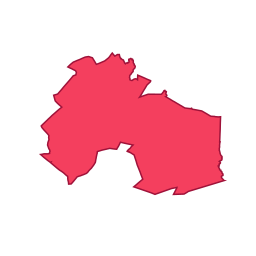 outline of Coapilla, Chiapas, Mexico, rotated 161°
{"feature_id": "50627088B26758621941112", "entity_name": "Coapilla", "entity_type": "district", "adm_level": 2, "iso_a3": "MEX", "parent_name": "Mexico", "parent_adm1": "Chiapas", "projection": "albers", "projection_center": [-93.127, 17.118], "detail": "fine", "context": "isolated", "style": "filled", "palette": "rose", "viewbox_px": 256, "rotation_deg": 161, "n_neighbors": 0, "source": "geoboundaries", "source_scale": "gbopen_adm2", "svg_char_len": 5343}
<svg xmlns="http://www.w3.org/2000/svg" viewBox="0 0 256 256"><g transform="rotate(161 128 128)"><path d="M91.6,48.4L70.6,47.6L54.1,47.0L54.4,47.2L54.6,47.7L54.8,48.5L55.0,48.7L55.3,49.4L55.4,49.8L55.7,50.3L55.7,50.8L55.5,51.2L55.5,51.5L55.4,51.9L55.2,52.0L54.3,52.2L53.8,52.2L53.7,52.2L53.5,52.5L53.4,53.0L53.2,53.6L53.3,53.7L53.6,54.3L53.8,54.6L53.6,55.3L53.5,55.9L54.2,56.8L54.2,57.6L54.0,57.8L55.0,58.7L54.7,59.7L55.1,61.0L55.1,61.4L54.8,61.4L54.6,61.8L55.0,61.8L55.1,62.7L54.9,62.7L54.4,62.9L54.0,63.1L53.6,63.4L53.7,64.1L53.4,64.3L53.2,64.5L52.7,64.4L52.4,64.6L52.1,64.7L51.9,65.1L52.1,65.9L52.3,66.4L52.5,66.7L52.1,66.8L51.8,67.0L51.4,67.0L51.1,66.9L50.5,67.1L50.2,67.0L49.8,67.2L49.4,67.7L49.1,68.4L49.3,68.5L49.1,68.7L48.8,69.1L49.0,69.5L48.7,69.7L48.4,70.4L48.6,71.0L49.1,71.8L49.2,74.2L49.0,74.9L49.0,75.1L49.0,75.7L48.8,76.5L49.0,77.0L48.6,78.1L48.4,78.8L47.5,80.3L47.3,81.2L46.8,82.4L46.7,82.6L46.2,83.7L45.5,84.8L45.9,84.9L44.4,88.7L42.9,92.6L41.4,96.4L39.1,102.6L36.8,108.5L37.5,108.7L37.8,108.7L39.1,109.1L42.0,110.4L42.3,110.7L45.7,112.1L46.0,112.3L47.8,114.4L48.7,115.5L50.7,117.8L52.7,120.1L57.4,122.8L60.1,124.3L60.5,124.5L61.1,124.7L61.4,126.0L61.7,126.0L61.8,126.0L62.0,126.0L62.3,125.8L62.9,126.1L64.4,126.8L66.7,127.9L67.8,128.5L68.2,129.0L68.4,129.2L70.4,131.6L71.4,132.7L71.5,132.8L72.6,134.2L73.1,134.7L75.2,137.2L75.6,137.7L76.2,138.3L76.8,139.0L77.5,139.8L78.7,141.3L79.1,141.8L79.3,142.0L79.6,142.3L80.9,143.9L81.4,144.4L82.1,145.3L81.9,145.3L81.6,145.4L81.5,145.5L80.6,146.2L80.6,146.4L80.8,146.9L80.9,147.2L81.2,147.9L79.9,149.9L80.0,150.1L80.8,150.3L80.9,150.7L80.8,151.5L81.0,151.6L81.3,151.6L81.7,151.6L82.2,151.2L82.3,151.0L83.8,150.0L83.9,149.9L85.3,149.1L86.0,149.2L97.7,153.3L98.1,153.4L98.6,153.4L107.0,153.4L105.9,154.2L105.8,154.3L104.1,155.7L103.4,156.3L102.0,157.5L101.3,158.1L98.7,160.2L96.6,162.0L96.0,162.5L92.9,163.9L92.2,164.2L91.5,164.7L91.2,165.4L94.5,168.3L95.5,169.3L98.1,171.7L98.4,172.0L101.6,174.8L103.3,170.5L103.6,170.9L103.9,171.5L104.6,172.0L105.2,172.1L105.8,172.2L106.2,172.3L106.8,172.1L107.1,172.1L107.8,171.9L108.2,171.7L108.5,171.6L109.2,171.8L109.8,172.3L110.2,172.6L110.5,173.0L110.4,173.5L110.0,174.3L110.2,175.1L110.1,175.3L109.7,175.9L109.4,176.9L109.0,177.3L108.1,177.6L107.7,177.9L107.2,178.3L106.7,178.7L106.2,179.0L105.8,179.3L104.9,179.6L104.1,181.4L103.7,181.6L103.1,181.9L102.6,182.3L102.1,182.4L101.5,183.2L101.1,183.9L101.2,185.0L101.6,185.4L101.3,186.3L101.6,187.2L101.7,187.6L101.6,188.6L101.3,189.2L101.1,189.9L101.3,191.4L101.9,191.2L101.9,191.6L101.9,191.9L102.2,192.1L102.6,192.8L103.0,192.9L103.7,192.6L104.3,192.7L104.6,192.8L105.0,192.5L105.1,192.0L105.3,191.5L105.1,191.0L105.4,190.7L105.6,190.0L106.3,189.6L106.8,189.7L107.0,189.9L107.3,189.6L107.6,189.5L107.9,189.9L108.7,190.0L109.1,189.8L109.6,189.6L109.7,190.0L110.1,190.6L110.0,191.5L110.1,192.0L110.2,193.0L110.2,193.8L111.0,194.4L111.3,194.8L111.9,196.0L112.2,195.9L112.5,197.0L112.5,197.7L112.5,198.9L112.4,199.4L112.3,200.3L114.2,200.9L116.2,200.4L117.1,200.3L118.5,204.0L120.7,202.6L122.1,201.5L123.7,200.6L124.3,200.4L125.1,200.1L128.2,199.0L134.9,198.5L137.2,198.5L138.0,202.4L138.8,206.0L142.0,208.4L145.4,209.0L148.4,208.8L151.2,208.5L154.2,208.4L156.8,208.2L158.3,208.1L161.6,206.9L165.0,205.3L163.5,203.8L161.9,202.3L160.4,200.7L158.9,199.2L158.9,198.8L158.7,197.4L158.9,197.1L160.0,195.2L162.8,195.2L165.4,193.6L167.9,192.1L170.5,190.6L173.1,189.1L175.7,187.6L178.3,186.0L180.9,184.5L183.5,183.0L185.5,183.1L187.6,183.2L188.0,177.3L186.9,174.9L186.6,174.3L185.6,172.4L184.4,170.4L184.2,169.9L183.8,169.3L184.8,168.9L186.8,168.2L189.8,167.0L192.7,165.8L195.7,164.6L198.4,163.3L200.3,162.5L202.1,161.6L203.9,160.8L205.8,159.9L207.6,159.1L209.4,158.2L209.2,156.4L208.9,155.6L208.2,153.7L206.8,150.6L205.9,148.5L205.3,146.8L205.3,146.6L206.1,144.8L206.2,144.7L206.4,143.0L207.0,142.2L207.9,141.0L208.3,140.6L208.8,139.6L209.6,138.1L209.6,135.3L209.6,134.7L209.6,134.1L209.5,133.7L209.2,133.1L209.3,132.0L209.3,131.5L210.2,130.3L210.4,129.5L211.8,129.6L213.5,130.1L215.6,130.9L218.2,131.2L219.2,131.4L217.2,127.8L214.7,123.8L212.6,120.8L212.1,120.8L212.5,120.5L208.0,112.9L206.4,110.4L205.0,108.7L203.6,106.7L202.2,104.1L201.4,102.7L200.8,102.1L200.9,101.4L201.2,100.2L201.4,99.9L201.8,98.0L201.9,96.4L202.0,95.9L202.4,94.3L202.1,94.2L201.8,94.1L201.5,94.0L199.9,93.6L196.4,95.6L196.0,95.9L195.5,96.2L194.8,96.6L191.9,98.4L190.9,98.4L189.5,98.4L188.7,98.3L186.6,98.4L185.1,98.4L184.1,98.5L182.3,98.6L181.8,98.7L180.1,99.5L179.3,100.1L178.8,100.4L177.9,100.9L177.3,101.2L176.9,101.4L175.9,101.8L175.0,102.4L174.2,103.0L172.9,103.8L170.1,106.1L169.4,107.3L169.0,108.1L168.8,108.5L168.5,109.0L168.4,109.1L167.3,111.1L166.8,111.9L165.9,113.4L165.3,114.2L164.9,115.4L164.6,115.6L164.4,115.7L159.4,115.5L155.8,115.1L151.9,114.7L147.8,112.6L145.6,111.6L145.4,111.9L144.4,112.7L142.9,113.9L139.8,117.0L135.0,114.0L128.8,110.3L131.1,109.2L132.4,108.2L133.1,107.9L133.3,107.8L133.6,107.8L133.8,107.7L134.8,107.3L135.0,107.2L135.7,106.7L135.9,106.7L136.1,106.5L136.4,106.2L134.1,104.2L134.1,104.4L131.0,100.5L131.1,94.2L131.3,90.2L130.9,82.2L130.9,79.5L130.8,77.2L130.7,74.8L136.4,72.6L138.3,71.8L141.7,70.5L127.6,59.5L124.1,56.5L106.6,56.6L102.0,56.0L101.8,56.0L101.1,55.9L101.5,55.3L106.3,50.7L106.6,50.4L96.5,47.3L93.4,47.9L91.6,48.4Z" fill="#f43f5e" stroke="#9f1239" stroke-width="1.5"/></g></svg>